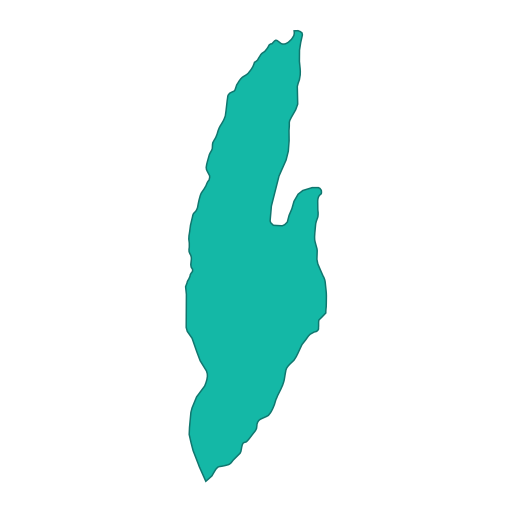 Nuevo San Carlos, Retalhuleu, Guatemala
{"feature_id": "79465075B2823208304542", "entity_name": "Nuevo San Carlos", "entity_type": "district", "adm_level": 2, "iso_a3": "GTM", "parent_name": "Guatemala", "parent_adm1": "Retalhuleu", "projection": "equal_earth", "projection_center": [-91.689, 14.629], "detail": "fine", "context": "isolated", "style": "filled", "palette": "teal", "viewbox_px": 512, "rotation_deg": 0, "n_neighbors": 0, "source": "geoboundaries", "source_scale": "gbopen_adm2", "svg_char_len": 4000}
<svg xmlns="http://www.w3.org/2000/svg" viewBox="0 0 512 512"><path d="M209.6,175.7L209.7,177.3L209.1,180.0L208.4,180.8L207.7,181.8L206.9,183.4L206.0,185.7L204.0,189.1L201.5,192.7L200.8,194.1L200.2,195.8L199.1,199.8L198.4,203.0L197.5,207.7L196.8,209.4L196.0,210.9L195.2,211.8L194.3,212.7L193.5,213.6L192.8,215.2L192.5,216.8L190.5,225.2L189.7,231.3L189.3,233.9L189.0,235.6L188.9,237.5L188.8,239.0L189.0,240.7L189.2,242.1L189.3,243.4L189.3,245.2L189.3,247.2L189.0,249.3L189.1,251.7L189.9,253.7L190.7,255.1L191.3,257.1L191.4,259.0L190.8,264.5L191.0,266.1L191.3,267.4L192.5,269.1L192.6,271.2L191.7,272.5L191.0,273.4L190.3,274.7L190.0,276.3L188.8,279.0L188.0,280.3L187.4,281.4L187.0,283.0L185.6,286.7L186.4,294.4L186.2,327.5L187.3,331.4L192.1,338.3L196.7,351.5L200.2,360.8L206.5,371.0L207.3,373.8L207.4,376.4L206.9,379.5L206.0,382.6L204.7,386.0L196.6,396.9L192.1,407.8L190.9,412.4L189.5,427.5L189.2,434.5L191.0,442.5L193.1,450.6L198.3,464.0L199.3,466.7L205.8,481.3L208.0,479.4L211.9,475.9L213.5,473.1L215.8,469.3L217.4,467.6L218.3,466.9L219.3,466.6L220.8,466.4L222.0,466.2L223.5,465.9L225.3,465.5L226.8,465.1L228.3,464.7L229.2,464.3L230.6,463.3L231.5,462.3L233.2,460.1L238.5,454.8L240.1,453.2L240.9,451.4L241.4,448.9L241.6,447.6L242.2,445.0L242.9,443.4L243.8,442.6L245.2,442.2L246.2,441.9L247.3,440.9L248.1,440.0L248.9,439.1L253.1,433.6L255.4,430.7L256.5,428.5L256.7,427.1L256.9,425.3L257.0,424.1L257.7,422.1L258.7,420.6L259.8,419.6L261.5,418.7L266.4,416.5L268.4,415.4L269.1,414.5L270.3,413.0L271.2,411.6L272.5,409.1L273.3,407.3L274.4,404.6L275.9,399.6L276.9,397.4L277.5,395.8L280.9,389.0L282.6,385.2L283.7,381.9L284.2,380.0L284.6,377.6L285.1,374.5L285.6,371.8L285.9,370.1L286.6,368.2L287.7,366.6L288.5,365.6L290.1,363.9L293.9,360.3L295.0,358.6L296.2,356.7L297.9,353.3L300.3,348.1L302.0,344.5L303.2,343.0L305.8,339.7L307.7,337.0L308.6,335.8L310.2,334.2L311.5,333.5L314.2,332.0L315.5,331.7L316.6,331.4L317.9,330.2L318.5,329.1L318.5,327.4L318.6,326.1L318.6,322.3L318.8,320.2L319.9,319.0L321.5,317.5L325.8,313.0L325.8,311.2L326.0,308.7L326.2,306.8L326.3,303.4L326.4,296.0L326.3,293.1L326.1,290.9L325.2,282.2L325.0,281.0L324.7,279.7L323.8,277.3L323.1,276.1L320.2,269.5L318.5,265.5L317.8,263.9L316.9,259.3L317.2,250.8L317.0,248.9L316.4,246.7L315.6,243.8L315.0,241.5L314.7,239.9L314.6,237.8L314.6,236.4L314.7,234.9L314.8,233.1L315.6,224.6L315.8,223.2L316.3,221.3L317.0,219.3L317.5,218.0L317.9,216.6L318.1,214.5L318.1,212.5L317.9,210.8L317.8,209.5L317.7,200.9L317.9,198.8L318.6,196.6L319.6,195.2L321.3,193.7L321.5,192.2L321.3,190.3L319.9,188.4L318.4,187.6L312.2,187.6L302.8,190.5L298.1,194.2L294.0,201.3L291.9,208.7L289.1,215.3L287.3,222.1L284.7,224.7L282.2,225.8L275.1,225.4L273.4,225.3L270.7,222.7L270.1,220.9L271.4,206.0L279.0,176.0L286.1,160.0L288.3,151.2L289.1,140.8L289.0,130.4L289.3,126.0L289.3,122.4L289.7,120.6L291.3,117.4L295.7,109.7L297.7,104.1L297.3,86.4L298.2,83.1L299.4,79.7L300.2,74.9L300.3,71.4L300.1,68.4L299.4,61.4L299.5,50.1L300.7,42.5L302.4,34.9L302.0,32.9L300.3,31.6L298.0,30.7L294.1,30.8L294.3,33.1L293.9,35.5L292.4,38.0L291.4,39.4L288.3,42.3L286.9,43.1L285.2,43.9L282.8,44.1L281.0,43.5L279.5,42.3L277.2,40.6L275.9,40.2L274.6,40.9L273.2,42.4L271.9,43.8L270.8,43.9L269.3,44.8L268.6,46.0L268.0,47.2L267.0,48.7L266.0,49.9L264.8,51.4L263.8,52.1L262.9,52.7L261.9,53.4L260.8,54.6L260.1,55.8L258.5,58.3L257.6,60.0L256.0,61.4L254.5,62.3L253.9,64.1L252.9,66.6L251.4,69.1L250.6,70.2L249.1,72.1L248.2,73.3L246.9,74.4L245.2,75.5L243.3,76.6L242.2,77.4L240.7,78.9L239.0,81.2L237.8,83.2L236.7,84.9L236.1,86.7L235.6,88.2L234.9,90.2L233.8,91.3L232.4,91.8L229.7,93.2L228.3,94.9L227.8,96.1L227.6,97.8L227.2,100.5L226.0,111.0L225.6,113.8L225.3,116.0L224.7,117.5L224.2,118.9L223.3,120.8L221.5,123.9L220.3,125.8L219.2,127.9L218.2,130.4L217.1,134.1L216.1,136.6L215.4,138.1L214.2,140.1L212.8,142.7L212.5,144.4L212.4,146.8L212.3,148.6L211.7,150.2L210.0,153.2L209.3,154.8L208.6,157.3L207.5,161.2L206.7,164.3L206.2,167.4L206.5,169.6L207.4,171.5L209.6,175.7Z" fill="#14b8a6" stroke="#0f766e" stroke-width="1.5"/></svg>